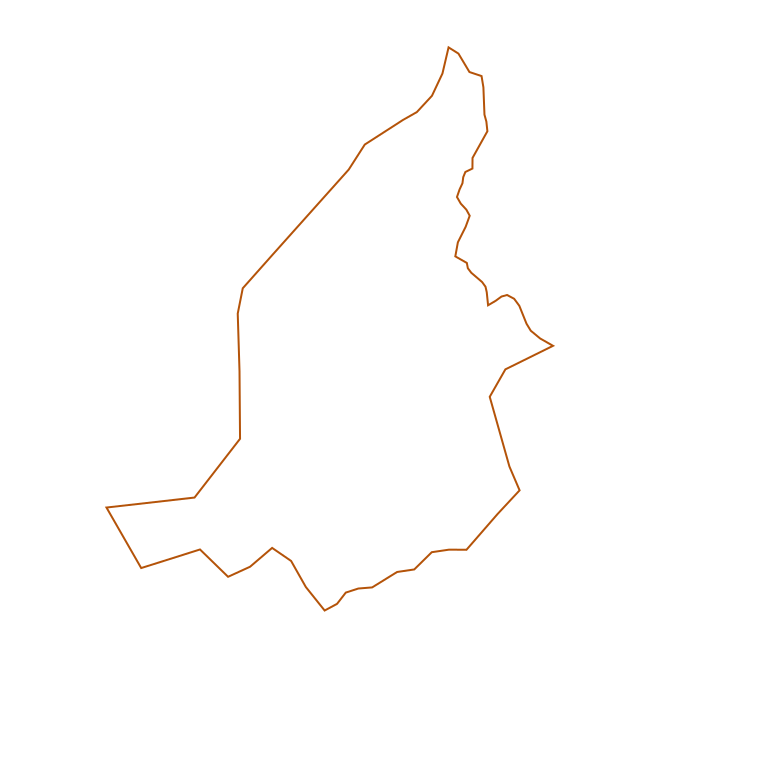 the border of Apac, rotated 131°
{"feature_id": "UGA-5604", "entity_name": "Apac", "entity_type": "District", "adm_level": 1, "iso_a3": "UGA", "parent_name": "Uganda", "parent_adm1": "", "projection": "mercator", "projection_center": [32.461, 1.914], "detail": "fine", "context": "isolated", "style": "outline", "palette": "amber", "viewbox_px": 768, "rotation_deg": 131, "n_neighbors": 0, "source": "natural_earth", "source_scale": "10m", "svg_char_len": 1037}
<svg xmlns="http://www.w3.org/2000/svg" viewBox="0 0 768 768"><g transform="rotate(131 384 384)"><path d="M215.9,555.6L172.2,542.9L157.2,537.6L135.0,536.9L111.3,543.6L87.6,556.1L85.8,544.6L92.5,524.2L87.6,512.4L94.9,503.6L114.8,484.9L118.8,478.9L125.4,471.8L155.3,465.5L163.4,458.6L170.6,461.7L175.9,459.9L181.0,456.5L187.6,454.6L195.0,451.6L197.5,444.4L198.4,436.2L200.8,429.7L211.8,425.5L228.6,421.2L240.9,413.9L238.3,400.9L241.6,396.7L242.8,391.1L242.7,376.8L244.0,371.2L247.3,366.7L256.3,357.1L247.9,354.3L240.9,352.7L236.1,349.5L234.3,341.7L236.2,333.2L245.0,316.0L247.5,308.2L247.2,296.0L244.3,281.5L293.3,302.0L324.3,295.8L364.0,235.2L375.3,211.9L407.8,213.0L455.0,213.0L466.3,226.2L479.6,237.6L504.1,239.5L517.3,250.8L545.3,259.5L555.2,269.2L566.5,276.0L580.7,275.2L593.9,280.2L588.5,309.8L578.5,338.0L581.1,360.9L609.8,365.2L631.8,375.2L629.6,414.3L682.2,446.5L659.3,512.4L594.0,452.5L519.8,456.7L469.4,501.2L426.8,540.6L404.4,553.4L359.0,552.9L245.3,551.3L215.9,555.6Z" fill="none" stroke="#b45309" stroke-width="2"/></g></svg>